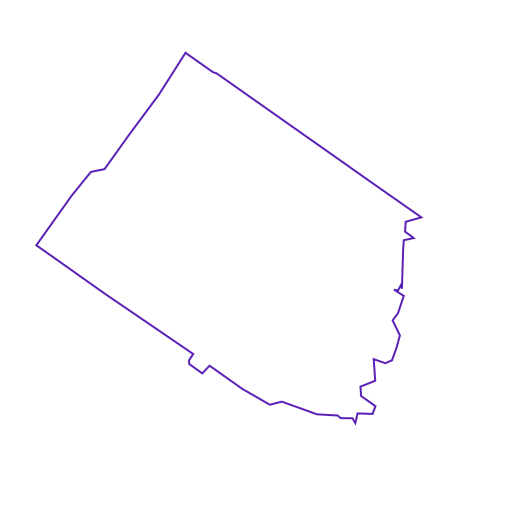 the district of Copiah, Mississippi, United States of America, rotated 35°
{"feature_id": "52423323B66491934783020", "entity_name": "Copiah", "entity_type": "district", "adm_level": 2, "iso_a3": "USA", "parent_name": "United States of America", "parent_adm1": "Mississippi", "projection": "albers", "projection_center": [-90.323, 31.868], "detail": "fine", "context": "isolated", "style": "outline", "palette": "violet", "viewbox_px": 512, "rotation_deg": 35, "n_neighbors": 0, "source": "geoboundaries", "source_scale": "gbopen_adm2", "svg_char_len": 781}
<svg xmlns="http://www.w3.org/2000/svg" viewBox="0 0 512 512"><g transform="rotate(35 256 256)"><path d="M70.4,312.3L69.9,373.2L154.4,373.6L260.8,372.3L261.0,380.0L263.3,382.8L279.3,383.0L280.9,372.5L321.2,372.7L352.6,369.9L360.7,360.5L396.8,350.7L414.4,339.8L418.3,340.3L428.1,333.6L433.2,335.9L429.5,326.7L442.1,318.5L440.0,310.5L422.4,310.4L416.5,303.1L425.2,289.8L411.6,273.0L423.5,269.6L427.2,263.4L423.8,250.7L419.4,238.5L404.9,230.4L405.1,221.3L399.9,203.9L388.3,204.4L392.1,202.9L391.4,196.6L394.3,199.1L372.9,166.4L368.0,158.3L374.9,150.9L364.1,150.5L359.0,142.1L369.3,129.5L327.7,129.5L308.2,129.5L305.5,129.5L279.7,129.4L119.0,129.0L115.3,130.1L81.7,130.0L83.9,179.2L82.5,230.3L82.1,271.7L72.5,281.8L70.4,312.3Z" fill="none" stroke="#5b21b6" stroke-width="2"/></g></svg>